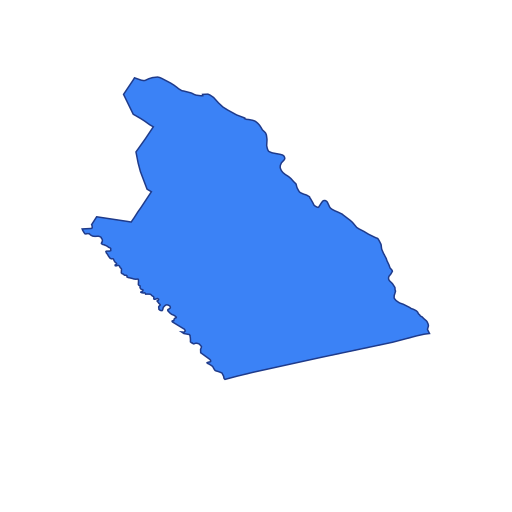 Suchiate, Chiapas, Mexico (Equal Earth projection), rotated 296°
{"feature_id": "50627088B714151448233", "entity_name": "Suchiate", "entity_type": "district", "adm_level": 2, "iso_a3": "MEX", "parent_name": "Mexico", "parent_adm1": "Chiapas", "projection": "equal_earth", "projection_center": [-92.246, 14.632], "detail": "fine", "context": "isolated", "style": "filled", "palette": "blue", "viewbox_px": 512, "rotation_deg": 296, "n_neighbors": 0, "source": "geoboundaries", "source_scale": "gbopen_adm2", "svg_char_len": 6100}
<svg xmlns="http://www.w3.org/2000/svg" viewBox="0 0 512 512"><g transform="rotate(296 256 256)"><path d="M131.5,282.2L139.8,291.8L150.4,304.6L193.1,358.5L238.3,416.5L254.8,435.6L259.5,441.5L262.4,445.9L265.0,442.5L265.4,442.2L268.4,441.7L269.2,441.4L270.4,440.4L271.9,438.6L272.4,437.6L273.3,434.2L274.1,432.0L274.1,430.4L274.3,429.8L274.4,429.4L274.8,429.0L275.0,428.4L275.1,427.7L275.5,427.0L276.3,426.1L276.8,424.9L277.0,424.1L277.1,422.3L277.1,420.8L276.8,418.4L277.1,416.8L277.2,409.5L276.8,406.3L276.8,405.1L277.1,403.0L277.4,401.3L278.3,399.4L278.6,398.8L279.1,398.4L281.2,397.5L282.8,397.3L285.6,396.8L286.6,395.8L288.4,394.8L288.7,394.5L290.6,391.4L291.0,390.7L292.2,387.0L292.7,386.2L293.0,385.6L294.1,384.9L294.8,384.6L296.0,384.4L298.9,385.1L302.0,385.3L302.6,384.8L303.2,383.8L304.0,381.7L306.2,379.5L309.3,375.6L310.8,374.2L312.9,371.3L313.6,370.5L313.8,370.0L314.2,369.5L317.2,366.0L318.8,364.9L320.7,363.7L321.4,363.1L323.6,360.2L324.9,358.2L325.1,357.6L325.1,357.1L324.9,355.6L324.9,347.7L325.4,342.2L325.5,336.8L325.8,334.0L328.5,328.0L329.3,325.2L331.1,316.2L331.4,315.3L331.4,310.9L331.2,306.9L331.3,303.8L331.6,302.3L332.0,301.2L332.4,300.6L334.9,297.5L335.6,296.6L335.9,296.1L336.2,295.0L336.2,293.9L336.0,293.4L335.5,292.6L335.0,292.2L334.5,291.9L332.5,291.5L327.5,290.9L327.1,290.7L326.9,290.5L326.7,289.6L326.7,288.5L326.8,287.2L327.1,286.0L327.3,285.6L328.8,283.7L330.5,281.2L331.2,280.2L331.9,278.9L332.5,278.4L332.7,277.9L332.9,275.4L332.9,274.5L332.8,273.5L332.6,272.5L332.5,271.5L332.4,269.1L332.5,267.3L332.7,266.8L333.7,265.2L335.0,263.4L335.8,262.5L338.2,260.5L338.4,260.1L339.4,257.1L340.9,253.5L341.6,250.8L341.8,249.4L342.1,246.5L342.8,243.6L343.7,241.7L344.1,241.1L344.9,240.1L345.9,239.1L346.6,238.7L348.2,238.1L348.9,238.1L350.9,238.0L354.4,239.1L355.2,239.2L356.1,239.2L357.0,238.6L357.5,238.1L358.2,237.0L358.3,236.2L358.4,235.6L358.0,233.3L355.8,225.3L355.7,224.2L355.6,222.1L355.7,221.4L356.0,220.8L357.0,219.6L358.1,218.6L359.9,217.2L365.1,215.0L366.0,214.5L367.7,213.4L369.3,212.3L370.5,211.0L370.8,210.5L371.3,209.3L372.1,206.7L372.3,206.2L373.0,205.3L374.5,202.9L375.2,201.6L376.0,199.6L376.5,197.8L376.7,196.7L376.8,196.0L376.7,194.9L376.5,193.5L375.5,189.7L374.6,187.4L374.5,185.5L375.1,185.4L374.3,176.8L374.8,166.3L375.4,160.9L377.2,155.0L379.9,148.4L380.5,144.1L380.4,141.8L377.8,137.1L376.7,137.9L375.9,136.3L374.3,131.6L374.2,130.6L374.1,129.3L374.2,127.7L374.1,126.1L372.6,118.7L372.1,117.1L372.1,116.4L372.4,113.1L372.9,111.0L373.6,107.3L374.0,103.5L374.3,93.4L374.2,91.2L373.7,89.1L371.0,84.8L368.4,82.0L365.1,79.3L364.4,78.1L363.7,75.7L362.9,68.7L360.6,68.5L343.2,66.1L329.6,83.5L329.0,92.0L328.5,96.4L327.4,102.8L327.1,107.1L313.1,105.2L296.9,102.5L287.9,109.3L281.2,115.1L268.3,128.8L267.9,133.8L249.4,131.4L244.0,130.5L236.9,129.7L231.8,128.9L230.6,124.9L221.4,95.6L212.1,94.5L211.5,95.3L210.7,95.8L209.6,96.4L209.1,96.3L208.8,96.1L208.4,95.6L204.1,87.9L202.9,89.2L202.6,89.8L201.9,90.8L201.0,92.4L201.1,93.0L201.4,93.7L201.8,93.9L202.3,94.8L202.6,95.7L203.0,96.2L202.5,97.7L202.3,98.6L202.3,100.5L202.4,100.9L203.1,102.8L204.7,105.6L205.0,107.3L204.9,108.4L204.7,108.9L204.3,109.1L203.9,109.9L203.4,110.6L202.9,111.0L201.9,111.4L201.0,111.6L200.7,111.3L199.4,111.6L199.2,112.5L199.2,113.7L199.6,114.7L199.6,115.0L199.4,115.6L199.6,116.2L199.6,116.7L199.5,118.6L199.2,119.5L199.3,121.5L199.1,122.1L197.2,123.1L196.2,122.2L194.8,119.4L194.3,119.1L193.2,120.1L192.4,121.8L191.2,123.5L190.0,125.9L190.0,126.4L190.1,127.4L190.8,128.5L190.8,128.9L190.7,129.3L190.5,129.5L190.1,129.9L189.7,130.5L189.3,131.0L188.9,131.7L188.7,132.1L188.3,133.8L188.0,134.1L187.8,134.2L187.3,134.2L186.6,133.7L186.3,133.4L186.1,133.3L185.6,133.7L185.7,134.5L186.3,135.1L187.2,136.3L187.2,137.3L187.0,137.9L186.4,138.5L186.0,139.1L185.7,140.2L185.5,140.6L185.0,141.0L184.2,141.2L183.8,141.5L182.2,142.1L181.7,142.5L181.4,143.6L181.5,144.1L181.5,145.0L181.2,145.7L181.1,146.1L181.3,146.9L181.7,147.5L181.8,148.2L181.7,148.6L181.5,148.8L180.6,149.2L180.6,149.4L180.6,150.6L181.0,152.0L181.7,155.4L181.7,155.9L182.3,157.9L182.7,158.6L183.4,159.8L183.5,160.1L183.4,160.5L182.7,161.0L181.6,161.5L180.9,162.0L180.4,162.0L180.0,162.3L179.2,162.5L178.6,163.0L178.3,163.7L178.3,164.6L178.2,165.1L177.8,165.2L177.3,165.5L176.7,165.6L176.0,166.7L175.7,167.7L175.8,168.2L176.1,168.8L176.0,169.2L175.5,169.5L175.1,169.6L174.4,169.4L173.9,169.2L173.2,168.3L172.9,168.4L172.9,169.3L173.2,170.5L173.4,171.1L174.1,171.9L174.1,172.4L173.4,173.4L173.3,173.5L173.4,173.8L173.9,174.5L175.2,177.4L175.3,177.9L175.3,178.5L175.1,178.8L174.7,180.0L174.6,181.4L174.4,181.9L173.9,182.4L173.5,182.6L172.8,182.8L172.5,183.2L172.5,183.5L172.8,184.2L174.6,186.0L174.6,186.7L174.5,187.4L174.2,187.6L173.4,187.6L173.1,187.5L172.7,187.1L172.4,186.8L172.1,186.9L171.4,188.5L170.8,189.6L170.7,190.2L170.2,191.3L169.6,191.4L168.3,190.8L167.7,190.8L167.1,191.1L166.2,191.8L165.7,191.9L165.4,192.5L165.2,193.4L165.2,194.2L165.5,195.1L165.7,195.5L166.4,195.7L167.2,195.6L169.2,195.2L171.4,195.9L172.7,196.7L173.1,197.4L173.3,198.3L173.4,199.1L173.3,200.2L173.2,200.6L172.7,201.2L172.2,201.6L171.6,201.7L170.4,201.2L169.6,200.5L169.2,200.5L169.0,200.3L168.6,200.4L168.0,201.0L166.9,204.0L166.6,205.8L166.6,206.6L166.8,207.7L166.7,208.1L166.7,208.7L166.5,209.9L166.4,210.2L166.1,211.2L165.7,211.3L165.3,211.2L165.1,210.9L164.8,210.6L164.5,210.5L164.2,210.2L163.8,210.1L161.8,210.4L161.1,209.3L160.8,209.1L160.5,209.2L160.1,209.8L158.8,223.8L157.7,225.3L156.0,224.8L155.1,222.4L154.7,225.1L156.2,230.6L155.5,231.7L155.3,231.7L153.6,232.9L152.2,233.7L152.0,233.8L150.1,234.7L149.8,235.7L149.7,236.6L149.9,236.7L149.6,238.0L149.7,238.5L149.9,238.8L150.8,239.6L151.5,240.6L151.7,241.6L151.9,241.9L152.0,243.7L150.7,246.7L149.6,247.0L147.8,247.1L144.8,248.7L142.9,259.5L142.5,260.7L141.7,261.4L141.2,261.4L140.9,261.3L139.9,260.0L139.6,259.6L138.8,258.9L138.5,258.8L138.2,260.1L138.3,261.2L138.1,263.2L137.8,265.1L137.2,266.3L136.7,266.9L135.7,268.4L135.2,269.4L135.2,270.5L135.6,272.6L135.8,274.5L135.9,276.7L133.8,279.5L131.9,281.0L131.5,282.2Z" fill="#3b82f6" stroke="#1e3a8a" stroke-width="1.5"/></g></svg>